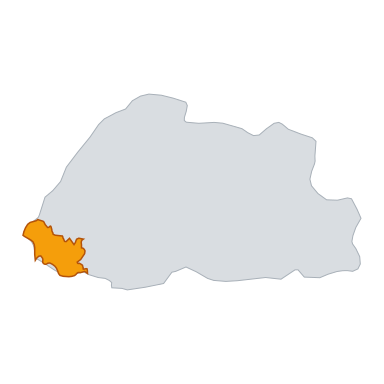 Samchi on a map of Bhutan (Natural Earth projection)
{"feature_id": "BTN-2438", "entity_name": "Samchi", "entity_type": "District", "adm_level": 1, "iso_a3": "BTN", "parent_name": "Bhutan", "parent_adm1": "", "projection": "natural_earth1", "projection_center": [89.102, 27.046], "detail": "fine", "context": "in_parent", "style": "filled", "palette": "amber", "viewbox_px": 384, "rotation_deg": 0, "n_neighbors": 0, "source": "natural_earth", "source_scale": "10m", "svg_char_len": 2766}
<svg xmlns="http://www.w3.org/2000/svg" viewBox="0 0 384 384"><path d="M315.1,161.1L314.5,163.9L311.7,171.2L309.9,179.2L311.5,185.8L318.0,193.6L326.6,199.8L337.5,200.2L347.5,197.9L351.5,198.8L357.0,209.2L361.0,218.3L355.8,227.5L352.9,235.7L351.9,241.5L352.6,244.0L355.9,248.7L359.7,256.6L360.3,264.0L357.9,268.9L352.7,271.3L347.2,270.6L342.7,270.7L337.0,271.5L328.1,274.2L319.8,277.7L304.3,277.1L298.0,269.8L295.1,269.8L281.0,279.2L265.6,277.5L237.5,280.7L225.8,281.4L213.7,280.4L207.6,278.4L196.3,271.8L186.0,267.0L175.6,271.4L171.9,272.2L163.6,283.5L145.4,287.2L127.3,289.9L122.0,288.4L111.8,287.8L111.4,285.1L111.7,282.6L109.4,280.5L105.2,278.4L98.1,277.5L89.0,274.7L83.8,272.0L65.2,276.0L54.4,270.0L42.1,261.9L35.9,258.3L33.6,245.6L31.5,241.6L26.6,237.3L23.9,232.3L26.1,227.1L38.3,217.4L39.3,215.2L45.0,197.2L52.8,190.6L60.6,181.5L66.4,167.1L77.7,152.2L90.1,137.0L98.6,124.6L104.3,118.9L115.9,112.7L125.6,109.0L132.4,100.7L140.5,96.1L148.9,94.1L161.3,95.2L173.0,98.1L185.8,102.2L187.3,105.6L186.2,111.5L184.4,117.4L184.3,120.5L186.3,122.2L198.8,123.3L214.2,122.4L222.8,123.2L242.0,128.7L247.6,132.6L253.5,135.6L259.2,135.0L266.5,128.7L274.1,123.3L278.8,122.4L282.2,124.1L288.4,129.3L301.0,134.1L312.3,137.8L316.0,141.3L314.9,156.2L315.1,161.1Z" fill="#d9dde1" stroke="#a8b0b8" stroke-width="1"/><path d="M23.3,235.5L23.0,235.3L23.9,231.7L25.5,227.8L27.7,224.3L30.2,222.4L36.3,220.7L37.8,219.5L39.1,220.0L42.7,221.1L43.5,221.5L43.9,222.0L45.2,224.6L47.6,227.5L48.8,227.4L49.3,226.9L49.6,226.6L50.2,226.1L50.5,226.1L50.8,226.3L51.3,227.5L51.3,228.0L51.5,228.5L51.7,229.0L51.8,229.4L51.8,229.6L51.8,229.8L51.8,230.1L51.9,230.6L52.0,231.1L52.2,231.7L52.7,232.5L52.9,233.0L53.0,233.5L53.0,233.9L53.2,234.3L55.1,235.2L62.4,236.0L62.8,236.9L62.9,237.6L63.0,238.0L63.2,238.3L63.5,238.6L63.6,239.1L63.8,239.5L64.0,239.9L64.3,240.9L64.6,241.4L66.1,241.6L69.5,238.3L74.0,244.6L75.5,242.3L75.7,241.4L76.6,239.2L78.8,238.2L83.4,239.1L82.0,240.1L81.5,241.0L81.2,242.4L81.5,244.8L81.5,247.9L82.7,248.1L83.3,248.4L83.8,248.9L84.3,249.5L84.8,250.4L85.0,251.0L84.6,253.7L80.7,259.5L77.2,262.1L77.6,263.2L77.9,263.4L78.4,263.5L78.7,263.3L79.0,263.2L79.6,263.4L81.7,264.6L82.5,265.3L82.9,267.1L83.2,267.8L83.2,268.4L83.1,268.8L83.2,269.1L83.6,269.2L85.8,268.7L86.6,268.7L87.1,268.9L87.4,270.8L87.5,273.4L84.7,271.4L80.5,272.6L79.1,272.5L77.8,272.6L76.8,273.5L75.7,274.7L74.5,275.6L71.7,276.4L68.9,276.7L63.2,276.3L60.0,275.4L58.6,273.6L57.7,271.1L56.4,268.1L54.8,266.1L52.4,264.3L49.9,263.0L47.8,263.2L46.8,263.9L45.7,264.3L44.5,264.1L43.4,263.5L42.7,262.2L42.7,261.0L42.9,259.8L42.6,258.3L40.8,255.9L38.8,256.2L36.8,258.0L35.3,260.3L34.7,254.3L34.7,254.2L34.7,247.6L34.2,244.5L32.9,241.7L30.6,239.9L24.3,236.3L23.3,235.5Z" fill="#f59e0b" stroke="#b45309" stroke-width="1.5"/></svg>